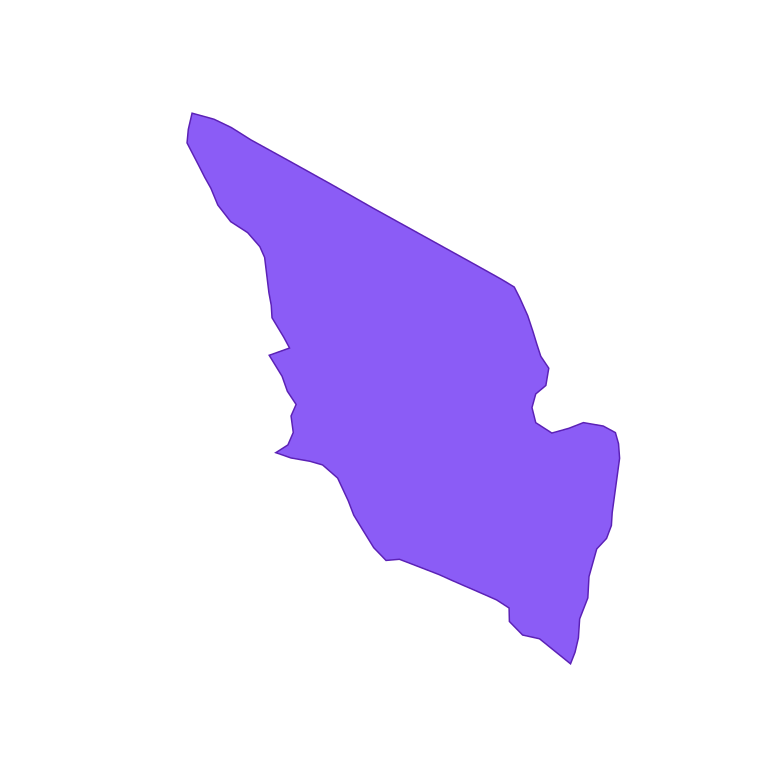 Chã Grande, Pernambuco, Brazil (Natural Earth projection), rotated 121°
{"feature_id": "56859067B3867057012791", "entity_name": "Chã Grande", "entity_type": "district", "adm_level": 2, "iso_a3": "BRA", "parent_name": "Brazil", "parent_adm1": "Pernambuco", "projection": "natural_earth1", "projection_center": [-35.47, -8.238], "detail": "fine", "context": "isolated", "style": "filled", "palette": "violet", "viewbox_px": 768, "rotation_deg": 121, "n_neighbors": 0, "source": "geoboundaries", "source_scale": "gbopen_adm2", "svg_char_len": 1150}
<svg xmlns="http://www.w3.org/2000/svg" viewBox="0 0 768 768"><g transform="rotate(121 384 384)"><path d="M418.5,497.2L429.9,475.3L440.0,463.1L446.8,448.8L459.3,447.2L472.3,436.8L485.7,435.0L498.6,441.4L495.3,425.6L488.5,408.0L485.0,395.0L488.5,375.3L502.6,354.4L512.0,342.4L520.1,326.9L529.6,308.5L534.2,291.4L526.3,280.5L519.0,238.6L517.3,224.1L515.5,210.3L513.1,192.2L511.1,176.4L511.6,161.4L523.0,154.2L527.8,135.9L522.3,119.5L524.5,103.7L527.8,80.0L515.5,82.1L501.5,86.6L484.6,95.3L462.4,99.1L443.5,109.1L415.8,116.7L401.8,113.7L388.2,116.2L376.8,122.1L326.3,143.8L314.4,152.2L306.5,160.6L307.1,174.4L314.4,193.2L326.7,202.7L339.6,214.9L339.0,234.0L328.0,245.0L314.4,248.8L301.9,244.5L285.6,250.9L279.5,263.9L270.9,273.8L262.6,283.0L251.4,296.0L240.4,311.8L233.8,322.3L233.8,337.8L234.9,372.0L238.9,484.0L240.0,530.4L241.5,575.5L243.3,624.0L242.8,646.9L244.6,666.1L250.7,688.0L266.5,682.9L278.8,677.0L292.9,654.1L299.0,644.4L305.4,633.2L316.2,618.6L323.8,599.0L324.5,578.8L330.2,561.2L337.0,551.5L353.3,538.8L365.1,529.6L374.6,521.2L384.9,514.1L395.6,493.9L401.8,483.5L418.5,497.2Z" fill="#8b5cf6" stroke="#5b21b6" stroke-width="1.5"/></g></svg>